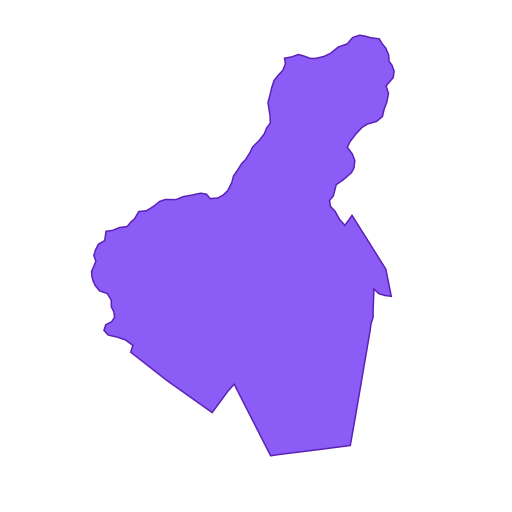 Novo Triunfo, Bahia, Brazil (Robinson projection), rotated 81°
{"feature_id": "56859067B45610866333733", "entity_name": "Novo Triunfo", "entity_type": "district", "adm_level": 2, "iso_a3": "BRA", "parent_name": "Brazil", "parent_adm1": "Bahia", "projection": "robinson", "projection_center": [-38.496, -10.365], "detail": "fine", "context": "isolated", "style": "filled", "palette": "violet", "viewbox_px": 512, "rotation_deg": 81, "n_neighbors": 0, "source": "geoboundaries", "source_scale": "gbopen_adm2", "svg_char_len": 1719}
<svg xmlns="http://www.w3.org/2000/svg" viewBox="0 0 512 512"><g transform="rotate(81 256 256)"><path d="M334.7,149.9L328.9,149.0L307.1,144.7L312.5,140.5L315.2,134.7L317.0,128.7L289.4,129.8L256.6,143.8L230.9,154.8L239.6,163.4L233.0,167.7L224.2,170.9L218.6,174.7L212.7,174.7L208.8,170.3L203.7,168.0L198.1,165.6L194.5,158.1L188.6,148.7L184.4,145.5L177.3,143.5L170.3,144.9L162.9,148.8L158.0,145.5L151.4,138.6L145.4,130.9L143.1,125.1L141.9,115.7L138.0,109.3L130.9,106.4L124.7,102.8L116.2,99.7L108.3,100.9L101.3,92.6L95.1,90.7L89.0,91.8L84.4,94.1L78.2,93.5L71.0,95.3L66.4,98.0L60.8,100.3L58.4,108.4L55.9,113.8L54.1,119.2L55.4,126.5L60.7,132.6L62.5,142.1L67.5,150.8L69.5,157.6L70.2,166.2L69.3,171.5L66.2,177.0L63.6,182.6L64.9,189.3L65.1,196.9L70.8,196.9L76.7,200.4L81.3,206.2L85.4,210.7L92.1,214.1L98.7,216.8L106.5,220.2L113.1,220.2L119.5,220.2L127.0,221.1L131.4,225.6L136.5,228.6L142.4,234.8L147.7,242.1L153.4,246.2L159.1,251.2L162.4,255.6L168.1,260.6L173.4,265.7L179.4,268.3L187.0,273.7L190.9,279.3L192.7,284.7L192.2,292.3L187.1,295.3L185.3,300.9L185.8,309.6L186.0,318.6L187.8,326.2L186.0,336.7L187.0,342.6L190.7,349.0L194.2,357.2L193.7,364.8L200.1,370.0L202.9,374.3L206.8,378.8L206.5,386.3L208.3,393.7L208.1,400.3L217.1,403.0L219.6,409.7L224.8,413.5L230.1,416.1L236.0,415.0L241.4,418.1L245.4,420.8L250.3,421.3L255.2,420.8L260.1,419.4L266.0,415.9L269.8,408.8L276.8,405.9L283.7,406.8L289.1,405.1L294.4,405.3L298.3,408.8L300.4,415.2L305.7,417.8L310.9,414.4L314.5,405.6L318.4,398.2L325.0,391.6L331.4,394.8L365.0,363.5L403.8,323.8L396.3,316.2L385.1,304.9L379.2,297.6L455.6,272.8L455.7,263.2L457.2,218.2L457.9,192.5L431.8,183.5L347.1,154.8L341.2,153.1L334.7,149.9Z" fill="#8b5cf6" stroke="#5b21b6" stroke-width="1.5"/></g></svg>